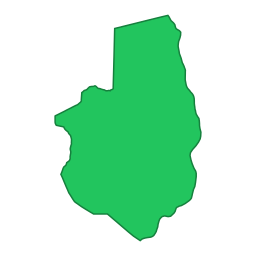 the district of Timon, Maranhão, Brazil
{"feature_id": "56859067B25713173966314", "entity_name": "Timon", "entity_type": "district", "adm_level": 2, "iso_a3": "BRA", "parent_name": "Brazil", "parent_adm1": "Maranhão", "projection": "robinson", "projection_center": [-42.991, -5.173], "detail": "fine", "context": "isolated", "style": "filled", "palette": "green", "viewbox_px": 256, "rotation_deg": 0, "n_neighbors": 0, "source": "geoboundaries", "source_scale": "gbopen_adm2", "svg_char_len": 2623}
<svg xmlns="http://www.w3.org/2000/svg" viewBox="0 0 256 256"><path d="M55.1,116.0L55.1,117.5L55.1,119.3L55.1,120.9L55.1,122.2L55.4,123.7L56.3,125.3L63.7,126.9L64.7,128.9L65.8,130.1L67.0,131.1L68.2,132.1L68.6,133.3L69.3,134.2L70.5,135.5L71.0,137.2L71.5,139.1L71.5,140.9L71.4,142.6L71.5,144.0L71.0,145.4L70.5,147.3L70.2,149.0L70.5,150.5L70.8,151.8L70.7,153.3L70.4,154.7L70.1,156.8L70.2,158.4L69.7,160.0L68.9,161.1L67.9,161.8L66.7,162.7L66.3,164.3L65.7,165.5L64.6,166.3L63.8,167.0L63.1,168.4L62.6,169.9L62.2,171.1L61.6,172.7L60.9,174.3L62.1,176.9L66.2,186.7L67.8,190.3L68.8,192.8L69.7,194.1L73.0,199.4L73.7,200.4L74.5,201.6L75.9,202.7L77.4,203.7L78.9,204.8L81.6,206.7L85.9,209.4L87.1,210.1L90.9,212.4L91.8,212.9L93.6,214.0L95.7,214.0L96.8,214.0L98.7,214.0L101.5,214.0L103.0,214.0L104.2,214.0L107.4,214.0L109.0,215.3L128.5,232.0L133.5,236.1L140.2,240.6L142.1,239.0L144.0,238.3L145.6,237.9L147.2,237.6L150.9,237.1L152.7,236.3L153.9,235.3L155.5,232.8L156.2,231.5L156.9,229.1L157.7,227.0L158.1,224.1L159.1,220.6L159.8,219.0L161.5,217.1L162.4,216.5L164.7,215.9L167.4,216.5L168.4,216.6L170.7,216.2L172.3,214.7L174.0,213.1L175.1,211.4L176.1,208.2L177.0,207.2L178.2,206.7L179.2,206.1L181.3,205.6L185.2,203.5L188.0,201.5L189.1,200.7L190.5,199.4L191.4,198.1L192.0,195.7L192.4,193.8L193.5,189.4L194.8,186.5L195.5,182.5L196.2,176.6L196.2,173.4L195.7,171.2L194.0,168.3L192.1,163.6L190.9,159.7L190.0,155.3L190.5,152.6L192.5,149.6L195.9,145.8L198.5,142.1L200.2,138.8L200.7,136.2L200.9,132.2L199.9,128.3L199.5,125.4L199.5,123.9L199.3,120.8L198.9,118.4L197.8,116.9L197.0,115.5L196.2,114.1L195.7,112.3L195.5,110.8L195.0,109.2L194.7,106.4L194.5,105.2L194.3,103.3L194.3,101.1L194.2,98.8L193.9,97.2L193.5,95.9L192.8,94.5L191.8,93.2L190.7,92.1L189.5,90.4L188.2,89.0L187.4,88.0L186.6,86.4L186.1,84.7L185.8,83.1L185.2,79.9L185.2,78.0L185.3,73.2L185.3,71.8L185.4,70.5L185.1,69.2L184.6,68.0L184.0,66.2L183.1,64.2L182.3,62.7L181.1,58.2L179.4,53.6L179.0,51.0L178.3,47.4L178.1,46.0L178.4,42.9L178.7,41.2L179.4,39.4L180.0,37.6L180.6,35.1L180.7,32.2L179.4,30.7L177.2,29.4L176.2,28.8L175.5,27.4L174.8,24.6L173.5,22.9L171.0,20.6L168.9,16.7L167.9,15.4L161.1,17.0L149.7,19.8L127.6,25.3L114.7,28.5L114.6,31.5L114.0,57.3L113.2,86.9L113.2,88.6L112.5,89.4L111.0,89.8L110.1,90.8L109.0,90.4L107.9,90.7L106.0,90.8L104.4,89.9L103.3,89.7L102.1,89.4L100.9,89.0L99.9,88.6L98.2,88.4L97.1,87.5L96.2,86.5L95.0,85.8L93.5,86.4L91.1,86.5L89.5,86.9L88.1,88.2L86.9,89.5L85.9,90.0L84.2,90.5L83.1,91.6L81.8,92.6L81.3,99.6L81.3,101.1L80.6,102.1L77.6,104.7L75.7,105.5L67.4,109.7L64.2,111.4L57.2,114.9L56.1,115.4L55.1,116.0Z" fill="#22c55e" stroke="#15803d" stroke-width="1.5"/></svg>